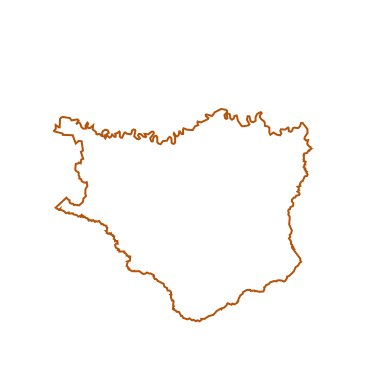 outline of Buenavista, Córdoba, Colombia, rotated 246°
{"feature_id": "7082276B96393406171347", "entity_name": "Buenavista", "entity_type": "district", "adm_level": 2, "iso_a3": "COL", "parent_name": "Colombia", "parent_adm1": "Córdoba", "projection": "albers", "projection_center": [-75.43, 8.19], "detail": "fine", "context": "isolated", "style": "outline", "palette": "amber", "viewbox_px": 384, "rotation_deg": 246, "n_neighbors": 0, "source": "geoboundaries", "source_scale": "gbopen_adm2", "svg_char_len": 6004}
<svg xmlns="http://www.w3.org/2000/svg" viewBox="0 0 384 384"><g transform="rotate(246 192 192)"><path d="M308.6,94.7L305.2,93.3L304.1,90.9L303.5,90.8L298.0,97.6L296.7,97.3L292.4,106.1L283.6,105.5L284.7,109.3L283.2,111.8L274.2,109.2L273.8,106.8L266.5,106.1L266.7,104.1L263.5,102.0L264.9,100.8L264.4,99.7L264.9,97.2L260.0,94.5L259.1,94.4L255.7,96.4L253.6,95.3L251.5,95.4L250.2,94.5L248.7,96.0L246.8,95.6L245.0,96.8L243.8,98.4L243.8,99.8L240.0,98.8L237.9,95.8L233.8,93.8L231.5,93.6L230.2,90.2L227.3,88.3L225.7,83.3L227.7,80.5L228.1,78.8L229.6,78.5L231.1,76.3L232.8,76.0L234.2,76.8L235.7,75.6L237.9,75.0L233.1,61.0L229.9,63.2L230.2,64.4L229.5,63.7L228.9,65.2L226.4,67.3L223.8,68.3L223.4,71.1L222.3,70.9L221.0,74.5L219.8,74.6L218.0,77.0L215.7,78.3L215.7,79.6L214.9,80.0L215.5,80.8L214.9,81.0L215.9,82.0L214.9,82.6L214.2,80.9L214.2,82.6L213.2,82.5L213.1,83.9L211.9,84.1L210.2,86.0L209.0,85.8L208.4,87.0L207.7,86.5L207.2,88.3L206.3,88.6L206.6,90.2L204.2,91.2L204.6,92.0L203.4,93.7L203.4,95.3L199.5,96.2L199.1,97.4L198.1,97.6L195.8,100.0L194.8,99.6L193.9,100.1L191.2,98.2L191.4,97.5L190.0,98.0L189.3,97.4L187.9,98.4L188.1,99.6L186.8,100.1L187.2,101.2L185.6,101.1L185.0,102.0L184.1,101.8L184.0,102.5L182.9,102.8L180.9,101.5L179.6,102.2L178.4,101.7L177.6,103.9L175.0,103.1L175.7,102.0L174.8,100.1L172.1,99.8L169.7,101.6L169.1,100.9L168.7,101.9L167.2,101.3L165.2,106.0L163.9,105.5L163.0,106.4L161.1,106.9L160.5,106.4L160.0,107.3L158.4,107.7L158.6,109.0L157.8,109.2L154.5,107.3L154.8,104.6L154.3,104.9L151.0,102.2L149.9,102.9L148.2,102.6L147.6,103.5L146.9,102.8L143.7,105.4L143.4,107.4L142.7,107.6L141.2,111.6L136.9,114.1L136.4,116.3L136.8,118.1L134.8,119.8L134.4,121.1L131.6,123.3L130.5,123.2L130.4,122.4L127.6,122.6L126.9,124.0L124.7,124.6L119.6,128.7L116.6,128.3L114.5,130.1L112.1,129.6L110.8,131.6L109.6,132.1L107.5,131.6L107.2,130.5L106.3,131.2L106.1,130.6L103.5,129.7L101.0,129.7L101.1,130.3L99.8,130.8L96.1,128.6L95.0,129.0L94.6,128.0L92.9,127.0L92.3,128.1L91.3,127.8L90.0,129.1L89.0,129.1L87.6,131.4L83.2,131.6L82.8,132.6L80.5,132.8L77.5,136.1L77.6,138.3L74.8,139.8L74.5,141.5L72.4,143.0L72.6,144.7L70.8,146.4L71.4,148.7L72.3,148.9L71.0,151.8L71.8,157.0L71.1,161.7L73.2,166.1L73.7,170.3L73.7,171.3L73.0,171.3L73.6,172.4L73.3,174.3L74.3,177.1L75.9,179.2L72.9,182.3L73.6,183.5L72.1,185.0L72.3,187.3L72.7,188.7L73.5,189.0L73.4,189.8L75.0,190.7L77.8,194.0L78.5,197.1L79.8,198.0L80.2,202.4L78.8,205.4L77.8,205.4L76.6,208.9L75.7,209.2L75.7,210.0L73.5,212.8L72.1,216.8L73.8,218.6L75.5,219.1L75.6,220.5L76.8,221.5L76.7,224.6L77.7,226.8L77.3,230.6L76.0,232.9L76.5,233.6L76.0,235.6L74.2,238.5L72.8,239.5L72.8,240.9L74.6,243.6L76.0,244.4L75.8,246.6L78.0,252.7L81.2,256.1L81.5,258.6L83.3,261.3L83.9,263.3L85.4,263.0L86.8,263.8L99.3,261.0L98.8,261.9L99.8,261.6L100.1,262.1L100.8,262.0L99.9,261.2L100.6,260.8L102.8,262.0L104.5,261.2L106.3,262.4L110.2,261.7L110.9,263.4L113.0,263.7L114.0,265.8L116.0,267.5L122.9,267.6L128.1,270.5L130.1,271.2L132.3,270.8L133.5,272.0L135.4,272.1L136.7,273.2L136.5,274.6L138.1,275.7L138.2,278.5L138.8,279.1L140.7,280.0L142.9,279.4L144.3,280.2L145.5,282.6L145.0,284.1L146.3,285.7L145.6,288.5L146.3,289.4L148.0,289.5L149.5,288.5L150.1,290.5L150.8,290.3L152.1,291.2L153.8,290.6L153.5,293.5L154.8,293.5L156.1,294.5L157.1,296.2L157.0,297.6L160.4,301.3L159.9,303.7L160.5,304.4L161.5,304.8L162.7,304.3L163.7,305.3L164.3,304.7L165.2,304.9L165.4,304.3L167.3,304.2L167.5,304.9L169.3,304.2L169.3,304.8L171.0,305.6L171.0,306.6L171.7,306.4L173.3,308.1L174.7,306.6L175.3,307.4L176.2,307.1L177.1,308.0L179.3,308.6L179.7,309.3L180.6,309.0L181.5,310.2L180.9,313.0L182.5,315.4L182.0,316.1L182.6,316.4L182.9,318.3L183.2,317.9L183.6,318.5L184.7,318.6L186.2,317.4L189.2,316.8L192.2,319.2L192.6,317.2L194.6,316.3L196.2,317.3L199.0,321.6L202.6,323.0L209.9,321.2L210.7,319.8L208.0,317.2L207.2,314.9L209.2,311.7L209.3,310.3L207.2,308.2L206.8,306.7L208.2,305.1L211.2,306.3L211.9,306.0L211.1,302.6L213.1,298.7L212.1,297.6L209.1,297.3L207.9,295.6L209.9,292.8L213.2,290.7L212.4,286.9L214.7,286.8L219.3,288.8L221.0,288.0L222.6,285.6L226.8,286.8L230.5,284.8L232.8,284.5L234.2,285.0L235.7,287.7L236.9,287.4L237.1,285.3L236.5,282.8L234.3,280.4L231.2,279.1L230.8,276.5L231.8,275.0L233.1,274.4L237.8,275.2L238.6,273.6L235.7,271.6L230.5,272.0L229.9,270.5L231.4,265.0L232.2,264.2L238.4,263.0L243.7,263.9L244.2,261.8L242.0,259.7L241.8,257.9L243.5,257.0L247.7,258.1L249.1,256.6L248.2,254.9L245.0,254.5L244.7,253.3L245.8,252.3L249.1,252.9L250.7,256.6L251.8,257.1L253.3,256.4L256.0,252.3L255.6,245.4L253.3,241.2L256.8,237.1L257.0,236.0L255.6,235.5L252.9,237.1L252.1,236.2L251.9,228.5L254.1,225.9L253.2,225.1L250.5,224.8L250.8,221.4L248.3,217.9L250.8,213.0L253.6,210.3L252.7,209.2L248.6,207.5L249.1,206.1L252.2,205.6L252.5,205.0L249.6,203.2L248.8,201.1L249.4,200.3L253.1,199.5L252.5,198.9L248.7,198.8L244.3,196.8L243.4,195.6L243.7,194.3L245.1,193.4L249.4,195.0L251.4,194.2L251.1,192.5L249.1,190.1L250.3,185.9L248.4,182.8L250.0,181.0L251.5,180.5L256.0,182.5L257.8,182.2L258.2,181.0L257.5,179.1L254.2,176.6L254.5,175.8L255.5,175.4L258.2,175.7L260.8,180.7L262.0,181.3L263.1,180.9L263.5,179.4L262.5,175.5L264.3,172.4L261.2,172.5L261.0,171.9L262.4,170.1L265.9,168.6L266.6,167.0L265.5,165.7L262.2,166.3L261.8,164.8L262.9,163.4L266.3,161.8L270.9,165.2L271.9,165.2L272.8,164.3L272.6,162.3L270.0,160.4L269.6,159.4L271.6,156.3L273.4,155.4L273.6,154.3L270.0,150.2L270.7,149.0L272.0,148.6L275.9,150.4L276.8,150.2L276.2,147.9L276.5,145.4L274.2,145.3L273.6,144.6L274.2,143.4L277.1,142.4L275.1,140.0L275.3,138.7L278.4,137.4L276.2,134.6L277.2,134.3L279.1,135.3L279.9,140.1L282.6,140.1L284.2,138.0L283.8,135.3L282.5,133.9L279.4,133.1L280.0,132.2L282.7,131.2L283.2,128.7L283.8,128.2L286.0,128.6L289.7,126.7L293.1,128.8L291.9,125.0L292.6,123.3L294.5,122.9L296.7,125.0L297.9,124.6L295.9,121.7L293.1,121.0L294.1,118.4L296.3,117.4L299.6,117.8L301.2,117.3L301.6,116.3L301.0,113.7L303.5,117.5L304.9,116.9L306.4,111.1L309.2,110.5L313.2,104.4L313.1,102.3L312.3,101.1L304.9,97.4L305.2,96.7L308.6,94.7Z" fill="none" stroke="#b45309" stroke-width="2"/></g></svg>